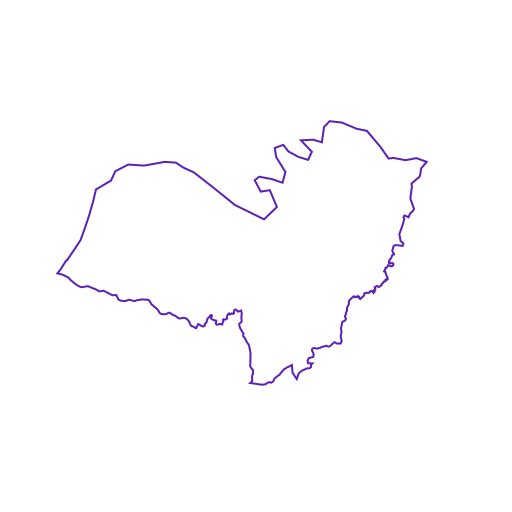 the district of Effia Kwesimintsim Municipal, Western, Ghana, rotated 250°
{"feature_id": "2480657B49181902253284", "entity_name": "Effia Kwesimintsim Municipal", "entity_type": "district", "adm_level": 2, "iso_a3": "GHA", "parent_name": "Ghana", "parent_adm1": "Western", "projection": "mercator", "projection_center": [-1.811, 4.965], "detail": "fine", "context": "isolated", "style": "outline", "palette": "violet", "viewbox_px": 512, "rotation_deg": 250, "n_neighbors": 0, "source": "geoboundaries", "source_scale": "gbopen_adm2", "svg_char_len": 6128}
<svg xmlns="http://www.w3.org/2000/svg" viewBox="0 0 512 512"><g transform="rotate(250 256 256)"><path d="M132.6,260.4L132.7,263.2L133.0,264.2L133.1,265.1L132.4,267.0L132.3,268.1L132.7,269.6L134.5,270.5L135.1,270.9L135.5,271.4L135.8,272.2L137.4,268.2L140.1,268.7L142.0,270.7L141.6,275.3L142.0,275.4L143.4,276.3L144.2,276.6L145.5,276.6L147.3,276.3L147.8,276.3L148.7,276.5L149.2,276.8L149.6,277.3L149.7,277.6L149.8,278.4L149.7,279.0L149.5,279.5L149.1,280.0L148.1,281.7L148.0,282.1L147.8,285.0L148.0,286.6L148.0,287.8L147.6,289.0L147.7,290.3L147.6,291.4L147.2,291.9L146.2,292.9L145.9,293.7L145.9,294.3L146.1,295.0L148.1,299.8L148.0,300.1L147.9,300.7L146.2,301.9L145.9,302.5L145.4,303.6L145.4,304.4L144.8,305.5L146.7,307.4L147.2,307.6L150.5,307.8L152.4,308.5L154.6,310.0L155.1,310.3L155.7,310.5L157.6,310.7L158.5,311.0L159.9,311.7L162.4,313.3L163.7,314.0L164.2,314.4L164.6,314.9L164.8,315.6L164.6,316.2L164.8,316.9L165.3,318.2L165.9,319.0L166.7,319.1L168.4,318.8L169.0,318.9L169.2,319.1L169.7,319.6L169.9,320.1L172.2,321.3L172.7,321.8L173.1,322.4L173.6,322.9L174.1,323.2L174.4,323.2L175.3,323.4L176.4,324.0L178.7,326.5L180.4,327.3L182.2,328.1L184.7,333.7L184.2,334.7L183.6,334.6L183.4,334.8L183.3,335.1L183.6,335.6L183.6,336.2L182.6,337.4L183.4,338.2L182.3,339.0L181.5,339.0L181.1,338.7L179.9,339.2L181.8,343.8L183.1,345.0L183.8,345.0L183.8,347.3L182.9,348.5L182.9,349.9L183.2,350.1L183.3,350.4L183.2,350.7L183.5,351.3L183.8,351.4L183.9,351.7L183.1,353.4L182.4,353.3L181.1,353.8L182.3,355.6L182.8,354.9L183.3,355.0L183.7,355.5L184.1,356.8L184.6,356.6L186.1,356.9L186.1,357.5L186.2,358.0L186.5,358.6L186.5,359.1L186.5,359.4L185.1,360.4L184.9,360.7L184.9,361.2L185.5,363.9L186.6,364.5L187.2,366.2L187.9,366.7L188.2,367.2L188.3,367.5L187.9,368.5L188.1,369.1L188.5,369.2L189.0,369.3L189.5,369.6L189.6,370.1L188.8,371.1L189.3,372.0L190.2,371.8L191.0,372.3L191.9,371.9L193.5,372.0L194.7,372.0L195.2,372.1L195.8,371.9L196.0,371.9L196.6,372.2L197.1,372.1L197.3,371.6L197.7,371.1L199.0,372.4L199.2,373.0L199.4,373.2L199.7,373.4L200.5,373.5L200.5,374.4L200.9,375.8L202.2,376.9L201.2,378.5L200.3,378.8L199.9,380.3L200.2,381.6L200.7,381.8L201.4,382.4L202.0,381.9L202.6,381.9L202.9,381.5L203.1,380.4L203.1,379.8L203.6,379.3L204.0,378.6L204.8,378.9L205.3,378.9L205.8,379.7L206.1,379.9L206.4,379.9L206.6,380.0L208.1,382.7L208.4,382.9L209.8,383.9L210.0,384.1L210.3,385.0L210.3,386.3L211.2,386.4L212.3,385.9L214.4,385.9L214.6,386.0L215.8,386.9L218.2,388.6L218.4,388.8L218.6,389.4L218.5,390.5L218.1,391.9L217.7,392.8L217.2,393.6L215.3,397.3L217.5,398.8L220.6,397.0L227.5,398.2L236.0,405.2L240.2,408.0L240.5,408.2L241.3,407.8L241.7,407.8L242.4,408.2L242.6,408.3L243.0,408.8L242.9,409.1L243.1,409.2L243.0,409.5L243.1,409.8L240.2,412.6L242.6,414.7L243.4,415.6L243.9,417.0L244.7,418.8L245.7,420.2L246.3,420.6L257.3,420.7L267.0,425.8L267.6,426.2L268.1,426.4L270.3,426.7L270.9,427.0L271.3,427.6L271.3,428.0L273.6,434.1L273.8,435.3L274.0,435.6L274.0,435.9L274.2,436.0L274.3,436.2L274.8,437.0L276.0,438.0L281.8,441.1L286.1,448.6L293.1,440.2L294.9,429.3L298.6,423.0L301.3,418.4L302.2,413.9L315.8,410.3L335.7,403.0L341.2,394.0L352.1,382.2L357.5,371.3L353.9,364.0L340.3,356.8L345.7,349.5L349.3,337.8L334.8,344.1L328.5,337.8L334.8,329.6L343.0,322.3L351.1,319.6L351.1,310.6L342.1,308.8L324.9,312.4L315.8,306.0L323.0,297.0L329.4,286.1L327.6,280.7L314.9,282.5L313.1,291.5L294.9,292.4L287.7,276.1L311.3,253.5L333.9,239.9L355.7,226.3L363.8,218.1L371.1,212.7L375.6,202.7L379.2,181.8L385.6,167.3L383.8,152.8L376.5,145.6L373.3,128.4L362.8,121.5L351.1,113.0L341.9,105.7L331.0,96.6L327.4,91.8L316.6,77.0L316.8,76.2L310.4,68.0L307.6,63.4L305.3,66.9L303.6,68.9L301.7,70.5L300.1,72.2L299.3,72.6L298.2,72.9L297.4,73.4L296.1,73.9L295.4,74.4L293.1,75.7L289.6,78.0L288.8,78.8L286.9,80.5L286.5,81.3L286.0,82.5L285.7,85.1L285.2,87.3L284.8,88.1L279.3,94.2L276.4,96.6L275.5,100.9L268.1,107.8L267.1,111.4L262.2,111.8L261.1,112.9L260.5,113.3L258.5,117.2L258.3,118.2L258.4,121.0L258.2,122.0L256.2,124.7L255.4,126.3L255.1,127.4L255.3,128.4L254.0,134.8L253.4,135.8L252.0,139.1L251.1,140.2L248.9,140.9L246.8,141.1L243.2,143.0L240.1,144.9L237.8,145.6L235.2,146.1L233.7,147.3L232.1,151.5L232.5,153.7L232.5,154.4L232.2,155.6L229.3,157.5L227.6,159.5L224.1,161.9L223.5,162.6L223.3,163.1L222.8,166.3L222.6,166.9L222.0,168.0L220.6,169.5L220.4,169.7L217.3,170.6L216.7,170.9L215.2,170.7L213.5,171.0L212.4,171.3L211.9,171.9L211.2,172.8L210.4,173.5L208.8,174.6L208.7,175.2L209.4,175.9L209.9,176.1L210.7,177.4L211.8,178.4L210.5,179.7L209.9,180.0L208.5,181.2L208.0,182.0L207.8,182.5L207.7,183.1L208.2,184.1L209.4,184.4L209.6,184.6L210.1,185.5L210.3,186.5L210.6,186.8L213.1,188.5L213.6,189.0L213.9,189.4L214.5,191.1L215.1,192.0L215.6,192.4L215.9,192.9L215.9,193.5L215.7,194.0L215.4,194.2L214.4,194.0L214.1,193.4L213.6,192.9L213.0,192.6L212.5,192.5L211.6,192.9L210.3,194.4L209.7,194.8L209.2,196.2L208.7,196.5L208.4,196.5L206.8,195.4L206.3,195.1L205.2,195.4L204.8,196.0L204.5,196.8L204.5,197.7L204.7,198.5L204.4,199.0L203.8,199.8L203.3,200.3L203.2,200.6L203.4,201.1L204.8,201.7L205.3,202.5L205.8,203.0L206.1,203.1L206.6,203.1L207.4,203.3L207.6,203.6L207.6,204.1L206.9,205.2L206.7,206.0L206.8,206.9L207.1,207.4L207.7,207.4L208.8,207.8L210.2,208.9L211.2,210.5L211.3,210.8L211.1,211.3L210.0,211.5L210.0,212.4L210.3,213.0L210.3,213.8L209.3,215.0L209.9,215.7L212.3,216.9L212.5,217.2L212.7,217.5L212.8,218.3L212.6,218.8L212.1,219.2L211.3,219.5L210.5,219.7L210.2,219.9L209.8,220.3L209.8,223.4L209.1,223.2L207.0,223.0L204.6,221.8L202.4,221.0L199.2,220.1L198.6,218.9L198.3,217.8L198.1,217.2L197.1,216.7L193.7,216.4L189.3,217.2L187.5,217.7L186.8,217.4L185.9,216.8L184.7,216.6L182.8,217.4L178.0,218.0L175.1,218.8L173.7,218.7L166.7,217.7L156.9,213.9L154.8,212.9L152.8,213.1L149.7,214.1L148.1,213.4L146.5,213.0L145.9,212.3L144.3,211.1L142.5,210.6L140.8,210.0L139.3,209.1L138.6,207.2L133.0,217.6L132.2,221.2L133.0,223.4L132.9,225.3L131.8,226.7L132.1,228.8L133.0,230.1L134.7,231.7L135.1,233.4L135.7,234.7L136.3,237.5L137.2,238.6L139.9,243.4L140.3,245.6L140.7,246.8L140.8,248.0L140.8,249.6L141.3,252.4L133.6,250.4L126.4,252.2L130.9,255.8L131.6,257.1L132.6,260.4Z" fill="none" stroke="#5b21b6" stroke-width="2"/></g></svg>